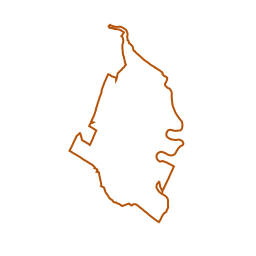 the district of Iancu Jianu, Olt, Romania, rotated 55°
{"feature_id": "2599482B6640532934930", "entity_name": "Iancu Jianu", "entity_type": "district", "adm_level": 2, "iso_a3": "ROU", "parent_name": "Romania", "parent_adm1": "Olt", "projection": "equal_earth", "projection_center": [24.005, 44.501], "detail": "fine", "context": "isolated", "style": "outline", "palette": "amber", "viewbox_px": 256, "rotation_deg": 55, "n_neighbors": 0, "source": "geoboundaries", "source_scale": "gbopen_adm2", "svg_char_len": 5671}
<svg xmlns="http://www.w3.org/2000/svg" viewBox="0 0 256 256"><g transform="rotate(55 128 128)"><path d="M218.4,158.4L219.9,157.8L220.7,157.6L221.3,157.3L222.8,156.7L222.4,155.9L222.2,155.0L221.2,153.0L220.2,151.5L219.0,148.7L218.6,147.3L218.6,144.8L218.4,144.8L216.4,141.2L216.0,140.6L215.8,140.4L215.5,140.2L215.0,140.1L214.4,139.6L213.8,139.3L212.9,138.7L211.8,137.8L210.6,137.0L209.5,136.4L208.6,136.1L207.6,136.0L206.3,136.1L205.8,136.2L204.2,136.7L202.8,137.3L202.0,137.8L201.5,138.0L199.5,138.7L197.8,139.1L195.8,139.1L194.0,139.0L193.2,138.8L192.6,138.5L192.1,138.1L191.4,137.5L190.9,136.9L190.6,136.3L190.4,135.9L190.1,134.5L189.8,133.5L190.3,133.3L190.6,133.4L191.7,134.1L192.9,134.4L194.1,135.1L194.8,135.4L195.9,135.6L197.5,135.7L197.8,135.8L198.3,136.0L199.6,136.1L199.2,135.7L197.2,132.0L194.7,127.7L194.4,127.0L193.6,125.7L192.1,122.8L191.8,122.7L191.7,122.4L191.0,121.2L190.5,120.4L190.3,119.9L189.7,119.1L188.8,117.4L187.3,114.9L186.9,114.4L186.6,113.8L185.7,112.4L184.5,113.1L183.5,113.5L179.7,115.5L178.4,116.1L177.9,116.4L177.5,116.8L176.8,117.4L175.6,118.0L174.9,118.6L174.7,118.9L174.3,120.2L174.0,120.8L173.6,121.2L173.1,121.5L172.2,121.8L171.7,121.9L170.6,121.9L169.3,121.8L168.1,121.3L167.5,120.9L166.9,120.3L166.3,119.4L166.1,119.0L165.9,118.1L165.8,117.5L165.8,116.8L165.9,116.1L166.2,115.3L166.4,114.7L166.9,114.1L169.4,112.1L172.0,111.0L173.1,110.3L173.9,109.7L174.5,109.2L175.4,108.2L175.8,107.4L176.1,106.7L176.2,105.8L176.1,104.6L176.0,104.0L175.6,102.9L174.9,101.7L174.4,100.5L173.7,98.9L173.2,97.2L173.0,95.8L173.2,94.6L173.3,92.5L173.1,92.2L172.7,91.8L171.9,91.2L171.6,91.1L170.5,91.1L169.8,91.1L168.4,91.7L167.6,92.1L166.6,93.1L166.2,93.7L165.4,95.7L163.4,97.7L162.5,98.7L161.7,99.5L160.3,100.2L159.3,100.5L158.4,100.9L157.7,101.1L157.2,101.1L156.6,100.9L155.6,100.5L155.3,100.3L154.2,99.4L153.7,98.6L153.2,97.4L153.0,96.4L153.0,96.0L153.4,94.9L153.9,94.2L155.1,93.0L156.1,92.3L156.8,91.7L158.1,89.9L158.5,89.2L158.8,88.6L159.7,87.1L159.9,86.6L159.9,85.6L159.8,85.0L159.6,84.5L159.0,83.6L158.4,83.1L157.6,82.3L156.2,81.4L154.8,80.6L154.0,80.3L152.6,80.2L150.3,80.5L145.7,80.5L143.6,80.4L141.5,80.1L137.3,79.1L135.0,78.4L132.1,77.0L128.6,75.0L124.2,72.0L122.8,71.5L121.2,71.3L119.6,71.3L118.9,71.9L118.2,72.4L115.8,73.0L114.7,73.2L113.0,72.4L112.8,72.0L112.6,71.1L111.4,69.1L110.2,67.7L109.4,67.1L108.0,67.4L106.2,68.5L105.7,68.7L104.7,68.7L103.7,68.9L103.5,68.7L103.4,68.5L102.7,68.1L101.8,68.1L100.1,68.8L99.6,68.8L98.7,69.1L96.9,70.0L96.1,70.2L95.6,70.5L94.6,70.8L94.2,70.9L94.2,71.1L93.9,71.1L93.7,71.3L92.7,71.6L91.0,72.3L90.0,72.9L88.0,73.5L87.4,73.6L81.4,75.8L74.5,77.3L73.0,77.8L71.4,78.1L70.7,78.3L70.0,78.4L69.4,78.2L68.7,78.6L67.5,78.9L67.2,78.9L66.5,78.6L65.8,78.2L65.3,78.0L63.4,77.4L63.0,77.6L61.1,77.8L59.6,78.3L58.9,78.5L58.6,78.4L58.1,77.9L57.0,77.7L56.2,77.8L55.9,78.0L54.9,77.4L54.4,77.0L54.0,76.9L53.0,76.6L52.5,76.1L52.4,75.9L51.9,75.4L51.6,75.0L49.4,73.8L46.5,73.4L46.1,73.5L44.8,74.0L43.2,74.6L41.9,75.3L41.5,75.6L41.0,75.7L40.6,76.5L40.2,76.9L39.3,78.1L38.8,79.2L37.8,80.4L37.6,80.6L37.1,80.8L36.3,81.7L35.6,82.2L34.8,82.7L34.4,83.1L34.2,83.2L33.2,83.5L33.3,84.7L33.4,84.9L34.8,85.5L35.2,85.7L35.3,85.5L35.2,85.5L36.0,84.9L36.8,84.1L37.7,83.0L39.0,82.5L39.9,81.3L41.0,80.1L42.4,78.7L43.0,78.3L45.1,77.3L47.3,76.5L48.1,78.3L49.0,80.7L49.6,80.3L50.2,80.3L51.7,80.8L53.5,81.6L54.3,82.2L55.2,82.9L56.1,84.1L56.5,84.6L56.8,85.0L57.5,85.5L59.3,86.7L64.3,89.6L65.4,90.1L67.8,90.7L69.3,91.5L70.7,92.0L72.8,92.9L74.9,93.4L74.8,93.6L74.9,93.8L74.9,94.2L74.9,94.4L75.9,95.8L76.0,96.5L76.0,97.9L76.1,98.6L76.2,98.9L76.4,99.3L76.6,99.7L76.6,100.7L76.9,102.2L77.1,103.7L77.3,105.0L78.5,106.3L79.1,107.0L79.8,107.5L80.7,108.7L81.1,109.1L82.0,110.2L82.1,110.4L81.2,109.8L80.7,109.3L80.4,109.1L80.1,109.0L79.8,109.0L77.9,110.6L77.2,110.9L76.3,111.7L75.4,112.0L74.3,112.3L73.5,112.9L72.8,113.1L72.6,113.3L72.7,113.6L73.7,115.4L74.0,115.9L75.1,117.5L76.4,119.9L77.0,120.9L78.0,122.4L79.6,124.5L80.2,125.6L82.5,128.5L83.0,128.6L83.2,128.8L83.4,129.1L83.9,129.7L85.1,131.4L86.4,133.5L87.3,134.4L88.8,136.6L94.3,143.6L94.5,143.6L97.8,148.0L98.2,148.5L101.6,154.4L102.0,154.3L102.4,154.1L103.5,153.2L103.4,153.9L103.0,154.6L102.9,155.1L102.4,155.5L104.1,158.7L109.1,156.5L111.8,155.4L115.6,161.6L117.4,164.3L118.1,165.6L119.0,167.0L120.1,169.0L119.6,169.2L119.3,169.2L118.5,169.5L115.6,170.7L111.6,172.6L111.2,172.5L109.9,171.9L107.2,170.9L106.1,170.7L105.4,170.2L105.1,170.2L104.6,170.4L104.9,172.5L105.0,173.9L105.2,174.7L106.4,176.8L107.6,179.1L111.2,185.3L113.1,189.0L124.1,184.1L129.0,182.3L129.4,182.0L130.4,181.5L132.7,180.6L133.9,180.1L136.1,179.2L136.4,178.9L136.8,178.7L138.3,178.2L140.0,178.0L141.2,177.7L141.6,177.9L141.7,178.0L141.8,178.4L143.2,177.4L144.1,177.1L144.2,177.4L144.7,177.5L144.8,177.5L144.9,177.3L145.1,177.3L145.1,177.6L145.2,177.8L145.3,177.9L145.7,177.8L145.9,177.8L146.1,178.3L146.1,178.6L147.6,177.4L148.0,177.3L148.4,177.7L149.3,178.0L149.8,178.4L153.8,180.0L155.4,180.8L156.2,181.0L158.8,182.2L159.9,182.9L160.2,183.2L160.2,183.3L161.5,182.7L162.7,182.0L163.3,181.8L164.0,182.1L167.2,183.1L167.9,183.2L168.8,183.2L169.3,183.3L169.7,183.2L171.3,183.2L174.0,183.4L175.4,183.3L176.1,183.1L176.6,182.8L178.6,182.2L178.8,182.2L179.3,182.4L179.7,182.3L180.4,182.1L181.0,181.7L181.6,181.4L181.8,181.2L182.1,180.7L182.4,180.3L183.2,180.1L184.1,179.7L184.6,179.3L184.8,179.1L185.4,178.7L186.4,178.3L187.3,178.1L188.7,177.4L188.8,176.6L190.5,170.5L191.1,170.5L193.4,169.7L193.4,169.1L193.5,167.7L193.6,167.3L194.0,166.7L194.5,165.9L195.0,165.4L195.5,165.1L196.2,164.8L203.7,162.6L206.6,161.9L207.7,161.5L208.4,161.2L210.0,160.8L211.2,160.6L218.4,158.4Z" fill="none" stroke="#b45309" stroke-width="2"/></g></svg>